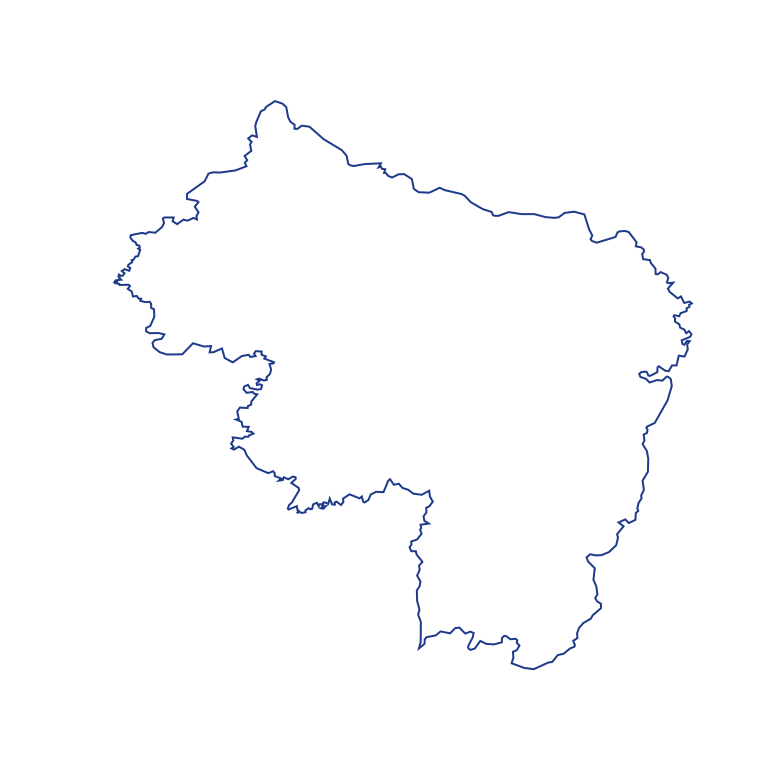 Betafo, Vakinankaratra, Madagascar, rotated 284°
{"feature_id": "10022922B74688195218658", "entity_name": "Betafo", "entity_type": "district", "adm_level": 2, "iso_a3": "MDG", "parent_name": "Madagascar", "parent_adm1": "Vakinankaratra", "projection": "robinson", "projection_center": [46.435, -19.892], "detail": "fine", "context": "isolated", "style": "outline", "palette": "blue", "viewbox_px": 768, "rotation_deg": 284, "n_neighbors": 0, "source": "geoboundaries", "source_scale": "gbopen_adm2", "svg_char_len": 6163}
<svg xmlns="http://www.w3.org/2000/svg" viewBox="0 0 768 768"><g transform="rotate(284 384 384)"><path d="M624.3,202.5L621.6,201.8L618.8,198.6L607.2,196.7L603.1,196.7L593.0,200.9L593.4,195.9L589.4,192.8L587.0,196.9L584.0,196.1L578.1,198.8L571.5,193.6L568.1,197.1L565.0,195.5L562.0,197.8L555.3,188.2L549.5,173.8L548.1,167.1L545.7,162.8L537.4,161.0L520.8,146.9L515.9,148.1L516.4,158.4L515.6,160.0L510.2,157.5L505.7,162.5L501.5,161.4L498.4,162.7L499.0,158.9L495.0,153.9L494.9,149.6L489.1,144.6L490.8,139.5L494.7,139.6L492.5,130.7L491.1,129.4L487.2,131.6L482.6,130.7L475.5,125.5L474.5,118.9L472.0,116.4L472.2,112.9L467.2,102.4L464.8,102.4L462.2,105.4L461.4,108.6L459.0,110.5L459.1,113.1L457.2,114.1L455.9,112.8L455.1,115.0L448.5,114.4L447.5,112.0L443.9,110.8L443.1,109.2L441.5,110.3L437.9,107.2L436.2,107.0L435.1,109.8L432.2,109.3L432.7,104.6L430.2,102.3L428.7,105.4L426.0,104.4L425.2,102.6L426.1,100.4L424.0,100.3L421.6,103.8L419.6,98.5L417.3,97.6L416.9,98.3L419.7,100.3L416.9,100.1L417.2,102.9L416.1,103.4L418.5,112.2L417.6,113.8L414.3,112.4L412.7,116.9L408.2,119.2L409.6,122.9L407.4,125.5L408.0,127.7L405.8,127.4L405.6,132.3L407.1,136.8L405.6,138.6L401.4,139.8L400.9,142.7L393.7,144.9L383.7,143.1L380.9,139.7L377.6,140.3L376.6,144.3L378.9,152.8L379.0,158.9L374.1,157.4L371.2,151.1L367.9,149.4L363.8,151.6L360.6,158.7L360.1,166.1L364.0,181.1L377.3,188.8L376.8,200.3L379.0,207.0L372.5,207.2L373.6,210.8L379.3,218.2L370.7,223.1L368.4,232.0L376.7,239.3L379.6,245.7L377.9,247.7L380.0,252.6L382.0,250.6L384.8,251.5L385.9,257.4L382.8,258.1L382.2,262.7L379.7,261.7L378.5,272.0L377.4,271.9L375.7,268.1L370.7,271.0L366.2,270.9L362.1,268.4L359.6,269.3L358.3,266.6L359.0,261.5L357.8,259.6L357.2,262.6L353.8,260.2L352.3,261.0L353.8,263.8L353.3,266.0L349.3,265.9L347.9,262.6L347.6,254.9L350.3,252.2L347.6,248.9L345.1,248.8L342.2,252.7L344.5,258.6L343.2,260.3L343.3,263.5L334.9,259.5L331.8,260.1L329.7,257.3L327.7,257.5L326.3,249.9L321.9,248.2L315.0,251.6L313.7,249.0L312.9,254.9L308.4,257.2L309.7,263.1L305.1,262.4L305.5,267.1L304.2,269.3L301.6,265.6L300.1,265.3L299.3,261.8L296.7,259.9L295.6,250.1L292.5,251.5L289.3,250.0L286.5,253.3L284.6,251.6L284.0,254.2L288.1,258.4L286.4,264.3L281.4,268.3L271.5,280.7L269.5,293.3L272.5,297.5L271.0,299.6L268.3,300.2L267.4,307.1L264.8,305.3L266.3,309.0L269.2,309.4L268.4,314.1L272.2,318.1L272.1,320.8L270.5,321.3L265.6,318.0L262.5,326.3L260.4,327.4L247.0,323.4L243.5,321.2L239.8,320.8L239.1,321.8L244.4,329.0L240.8,330.5L240.3,331.9L237.7,330.7L239.3,332.8L239.1,335.7L240.6,338.9L242.2,338.3L245.3,340.9L244.6,342.9L245.6,344.5L250.0,344.3L252.5,347.6L249.5,350.3L251.5,350.2L252.3,352.5L250.4,354.0L248.2,352.9L248.3,355.3L251.4,357.1L250.5,354.5L254.2,353.7L254.9,355.1L254.1,358.8L259.7,359.1L254.6,362.7L255.1,365.5L257.2,364.8L258.4,366.5L256.2,371.5L259.6,373.2L262.8,372.0L268.6,377.2L267.1,388.0L269.5,389.7L264.8,392.2L264.3,393.7L267.6,396.9L273.6,397.9L277.5,402.4L278.9,409.7L291.3,411.5L293.1,412.9L288.6,417.9L290.8,422.5L287.6,427.2L287.2,433.2L284.7,438.9L285.6,447.3L291.4,453.7L285.9,455.8L281.7,459.8L276.2,457.6L274.1,454.9L269.7,456.2L265.1,454.4L261.0,456.3L259.4,461.2L256.3,453.5L253.2,454.9L251.4,454.3L247.8,456.7L241.1,453.7L237.7,448.5L234.9,449.5L231.8,448.3L228.4,450.9L229.4,455.4L226.4,456.9L220.7,464.3L216.1,461.9L212.4,463.6L206.1,462.5L201.2,467.1L196.4,467.5L191.7,465.8L181.6,468.6L173.6,473.0L168.5,472.9L162.1,477.3L142.7,482.0L135.9,481.9L141.7,486.2L146.1,485.3L148.7,486.6L152.6,495.1L157.6,498.7L158.1,508.5L164.3,512.1L165.9,516.0L161.5,523.2L164.6,527.7L164.1,531.2L159.8,531.4L149.6,529.0L147.7,530.1L147.0,532.4L149.3,536.1L158.0,539.6L156.6,546.1L157.9,553.6L161.9,560.9L166.0,559.9L168.7,561.6L168.9,563.8L166.9,568.2L168.6,573.4L167.6,575.3L165.0,575.5L163.0,578.7L157.8,577.2L155.4,573.9L150.0,575.7L143.9,575.4L142.4,589.0L143.6,598.4L153.4,610.7L155.1,614.5L163.0,618.2L165.6,623.4L172.5,628.6L175.0,632.2L176.9,632.4L180.6,629.7L184.2,633.1L188.8,631.7L194.3,632.2L200.3,635.2L206.4,641.5L210.2,642.5L218.8,648.7L223.1,647.8L224.7,643.3L227.4,640.7L231.5,642.0L239.3,638.8L244.6,634.6L256.2,633.1L261.2,624.9L264.8,622.5L268.7,625.2L268.9,630.9L270.6,636.5L275.3,642.9L283.7,648.3L291.6,648.2L294.6,646.5L303.9,650.9L306.4,645.1L311.0,650.9L308.3,655.2L313.0,660.8L319.8,659.6L322.4,661.4L324.7,659.9L329.9,659.7L335.5,661.6L337.8,660.5L344.1,661.8L352.8,658.3L362.7,661.3L375.4,658.5L382.5,655.3L388.3,649.4L392.2,650.4L397.7,648.2L400.1,651.0L403.3,650.8L405.1,649.1L406.7,650.0L411.7,656.1L436.7,663.1L451.8,663.7L458.2,661.0L459.7,658.0L459.5,656.4L454.6,653.3L453.9,648.0L449.7,641.3L452.4,636.9L452.9,631.0L455.5,629.2L457.6,630.5L459.3,634.7L459.1,636.2L456.1,638.5L456.3,640.3L461.5,646.3L466.4,645.4L467.7,646.3L464.9,653.8L465.4,657.2L471.7,658.9L472.7,663.3L482.8,663.2L483.3,668.9L491.0,670.4L495.8,668.6L499.5,670.2L499.0,667.5L494.7,665.9L495.1,663.8L498.4,662.3L503.7,669.5L506.5,670.4L509.1,667.2L506.4,665.0L509.4,662.3L510.4,657.6L513.3,656.2L515.0,651.2L517.8,650.7L519.7,648.6L521.0,649.1L521.2,654.0L524.5,654.7L528.0,660.0L530.8,659.4L532.7,661.7L534.7,660.9L536.6,663.2L537.9,660.6L535.3,655.7L540.8,651.0L538.1,648.3L542.6,638.7L545.3,636.4L552.3,640.1L550.7,636.0L551.0,634.0L556.0,634.1L558.4,631.8L559.5,625.4L556.6,623.0L556.5,620.9L561.7,619.4L566.0,613.6L568.6,612.0L567.8,605.3L572.4,603.1L575.4,604.3L577.4,603.4L578.8,600.5L578.5,595.1L582.6,594.8L590.7,584.7L590.7,580.4L588.9,575.3L587.6,573.9L582.7,573.1L572.6,556.3L573.0,551.5L574.4,549.4L578.5,550.2L583.5,545.7L597.0,537.4L597.2,526.8L593.6,517.7L588.1,513.3L586.5,509.5L585.0,500.6L585.2,488.8L582.1,476.4L580.9,463.3L574.8,454.3L574.0,450.8L574.1,449.0L577.0,446.7L577.6,437.4L581.4,424.2L586.3,416.6L587.1,413.2L586.8,396.1L587.9,390.6L580.6,381.7L578.5,371.2L580.6,365.7L589.6,361.5L592.5,352.8L591.0,347.4L586.3,341.9L586.9,337.8L589.3,334.6L588.9,333.0L592.6,333.3L592.3,330.0L594.3,328.2L593.0,326.4L597.4,327.7L592.8,312.3L588.2,301.9L588.1,298.1L588.8,296.1L596.3,292.6L600.7,286.5L606.9,266.3L615.6,249.5L614.8,241.7L610.6,238.3L610.0,235.4L614.0,234.5L615.6,230.0L619.5,226.5L629.0,222.2L631.5,217.5L632.1,209.8L624.3,202.5Z" fill="none" stroke="#1e3a8a" stroke-width="2"/></g></svg>